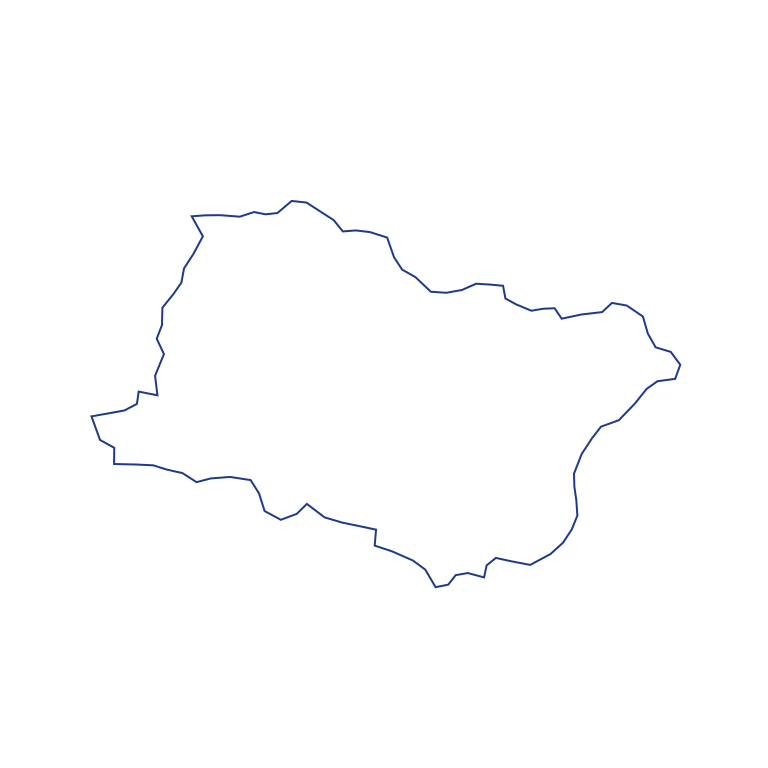 Antônio Prado de Minas, Minas Gerais, Brazil (Mercator projection), rotated 164°
{"feature_id": "56859067B53819795798567", "entity_name": "Antônio Prado de Minas", "entity_type": "district", "adm_level": 2, "iso_a3": "BRA", "parent_name": "Brazil", "parent_adm1": "Minas Gerais", "projection": "mercator", "projection_center": [-42.153, -21.024], "detail": "fine", "context": "isolated", "style": "outline", "palette": "blue", "viewbox_px": 768, "rotation_deg": 164, "n_neighbors": 0, "source": "geoboundaries", "source_scale": "gbopen_adm2", "svg_char_len": 1388}
<svg xmlns="http://www.w3.org/2000/svg" viewBox="0 0 768 768"><g transform="rotate(164 384 384)"><path d="M341.1,170.5L335.4,181.3L324.4,186.0L310.9,178.7L293.3,169.8L270.7,174.7L255.7,182.1L243.7,192.3L234.4,204.2L231.2,219.1L229.3,232.8L226.1,245.4L213.3,262.2L198.9,274.6L187.1,283.2L168.2,284.5L148.1,296.1L132.9,306.9L120.4,311.3L102.7,308.7L93.9,320.8L99.5,335.8L112.8,344.4L116.5,359.9L116.5,377.5L129.0,392.5L142.5,399.1L154.5,393.0L175.1,396.4L195.2,397.8L199.1,409.8L210.4,412.5L222.1,413.8L234.9,424.0L243.7,432.7L242.5,445.6L254.5,450.3L267.8,455.0L283.2,452.9L298.9,454.5L313.6,459.8L324.2,477.9L335.0,488.9L339.4,502.9L340.6,523.9L355.6,533.9L368.8,539.4L381.5,542.0L387.2,555.4L398.5,568.3L408.5,579.8L422.3,585.4L439.4,577.7L451.2,579.8L461.5,585.1L476.5,584.6L494.8,591.4L509.3,595.4L522.6,598.2L517.4,575.9L531.4,561.5L544.4,550.2L550.8,537.3L561.5,528.6L576.0,518.4L581.2,501.8L590.0,490.2L587.3,473.4L601.8,455.0L604.9,435.6L621.9,444.3L627.0,433.0L640.8,430.1L674.1,433.5L672.4,408.5L660.9,397.0L665.5,381.5L644.4,374.9L628.2,369.4L616.2,361.5L602.3,353.9L591.2,341.3L576.7,341.0L557.6,337.1L538.7,328.4L534.3,313.4L533.8,294.8L520.6,281.9L503.7,283.2L491.2,290.0L477.9,272.2L462.2,262.2L431.8,246.2L437.5,231.2L422.5,221.0L404.8,206.3L395.5,194.2L390.4,174.5L377.6,173.4L367.8,180.5L355.6,179.2L341.1,170.5Z" fill="none" stroke="#1e3a8a" stroke-width="2"/></g></svg>